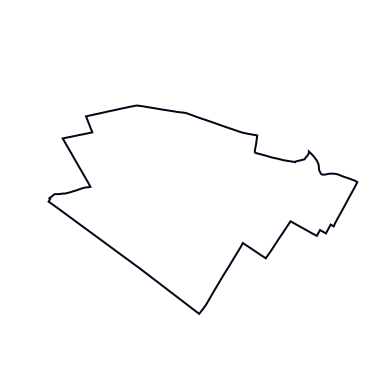 U Minh, Cà Mau, Vietnam (Albers equal-area conic projection), rotated 303°
{"feature_id": "81297802B9286931688743", "entity_name": "U Minh", "entity_type": "district", "adm_level": 2, "iso_a3": "VNM", "parent_name": "Vietnam", "parent_adm1": "Cà Mau", "projection": "albers", "projection_center": [104.985, 9.374], "detail": "fine", "context": "isolated", "style": "outline", "palette": "ink", "viewbox_px": 384, "rotation_deg": 303, "n_neighbors": 0, "source": "geoboundaries", "source_scale": "gbopen_adm2", "svg_char_len": 2566}
<svg xmlns="http://www.w3.org/2000/svg" viewBox="0 0 384 384"><g transform="rotate(303 192 192)"><path d="M105.8,77.0L105.5,85.0L99.4,190.6L93.7,264.4L95.5,264.5L98.2,264.8L100.0,265.0L105.7,265.2L113.3,264.8L119.0,264.5L120.8,264.4L128.3,264.1L135.9,263.8L143.6,263.6L151.0,263.5L158.6,263.2L166.2,263.0L173.8,262.7L176.9,262.4L176.8,267.8L176.8,273.0L176.7,278.3L176.6,283.5L176.6,288.8L176.6,290.0L186.3,290.3L197.2,290.3L211.1,290.5L221.1,290.6L221.6,298.6L222.2,306.9L222.7,314.9L223.2,320.6L229.8,320.1L230.2,326.9L233.6,326.6L240.2,326.1L240.3,329.6L240.5,329.6L244.5,328.9L245.9,328.9L247.1,328.7L248.0,328.6L252.0,328.4L253.6,328.2L256.3,328.1L259.6,327.8L265.3,327.4L273.2,326.7L282.1,326.1L290.3,325.3L290.3,324.0L290.2,322.4L289.9,320.9L289.4,319.1L289.3,318.1L288.8,316.2L288.1,313.5L287.3,310.4L286.7,307.2L286.2,304.9L285.9,303.8L285.3,302.5L284.6,301.0L283.4,299.1L282.9,298.3L282.2,297.3L280.7,295.8L278.6,293.5L277.8,292.4L277.6,291.8L277.5,291.3L277.5,290.9L277.5,290.4L277.7,289.8L278.2,289.0L278.8,287.9L279.6,286.8L280.8,285.7L282.0,284.8L283.4,283.7L284.6,282.4L285.6,280.8L286.6,278.9L287.4,276.7L288.2,274.5L289.1,270.9L289.6,268.0L289.3,268.2L288.5,268.7L286.7,269.0L285.4,269.0L283.9,268.8L282.8,268.6L282.1,268.6L281.4,268.6L281.1,268.6L280.9,268.6L280.6,268.5L279.9,267.8L278.1,266.2L275.2,263.4L273.6,262.0L273.2,262.2L271.6,258.4L270.1,255.2L269.8,254.4L268.6,251.7L267.6,248.7L266.4,245.2L264.7,240.9L262.6,234.0L260.4,227.0L259.5,224.5L259.4,223.8L259.4,223.3L259.6,223.0L260.5,222.4L264.2,220.8L266.6,219.9L275.0,215.9L273.8,213.1L271.4,207.5L269.2,201.8L268.1,197.6L266.3,190.4L265.3,186.5L263.9,180.8L262.6,175.2L261.2,169.6L259.8,164.0L258.3,158.3L257.0,152.6L256.7,151.2L255.7,147.0L254.8,143.5L254.7,143.4L254.6,143.1L253.8,141.4L251.3,136.4L248.2,129.4L244.2,120.5L243.0,117.6L240.4,111.7L236.6,103.0L234.7,99.1L234.3,98.4L230.6,94.5L221.2,85.1L219.0,83.0L213.1,77.0L212.0,76.0L197.7,61.9L196.2,64.1L194.2,66.8L192.2,69.7L191.1,71.1L188.4,75.0L187.7,75.9L181.6,69.8L178.1,66.1L176.3,64.4L171.2,59.2L169.7,57.6L166.5,54.4L165.8,55.8L160.9,65.3L158.6,70.0L156.2,74.5L151.4,83.9L149.2,88.3L144.4,97.6L143.6,99.3L143.0,100.4L141.0,104.0L139.7,102.6L139.0,101.8L138.5,101.1L137.6,100.0L135.5,98.1L134.3,97.1L129.7,93.6L128.5,92.5L124.6,89.3L123.3,88.0L122.0,86.8L121.3,86.0L120.3,84.6L120.0,84.1L118.8,82.8L117.9,81.8L116.8,80.2L116.0,78.7L115.5,78.2L115.1,77.9L114.4,77.6L113.8,77.4L112.5,77.0L110.6,76.4L109.1,75.8L109.1,76.5L109.0,76.8L108.4,76.9L107.5,76.9L105.8,77.0Z" fill="none" stroke="#020617" stroke-width="2"/></g></svg>